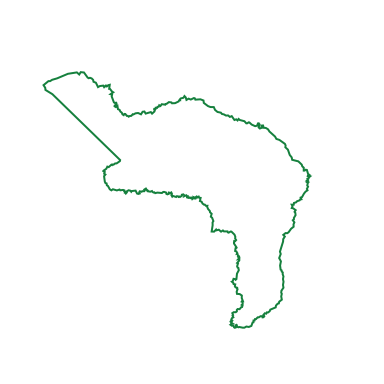 the district of San Alberto, Cesar, Colombia, rotated 256°
{"feature_id": "7082276B88825999787077", "entity_name": "San Alberto", "entity_type": "district", "adm_level": 2, "iso_a3": "COL", "parent_name": "Colombia", "parent_adm1": "Cesar", "projection": "albers", "projection_center": [-73.5, 7.834], "detail": "fine", "context": "isolated", "style": "outline", "palette": "green", "viewbox_px": 384, "rotation_deg": 256, "n_neighbors": 0, "source": "geoboundaries", "source_scale": "gbopen_adm2", "svg_char_len": 6039}
<svg xmlns="http://www.w3.org/2000/svg" viewBox="0 0 384 384"><g transform="rotate(256 192 192)"><path d="M282.3,197.1L282.9,194.1L283.9,193.7L284.8,191.3L283.7,188.7L283.8,187.6L283.2,187.2L284.5,183.9L283.1,182.2L284.1,181.2L282.8,180.3L283.0,179.1L282.1,178.5L282.5,177.2L281.6,176.9L281.8,175.5L281.3,175.3L280.9,176.1L279.2,175.0L277.7,172.2L279.5,171.4L279.3,166.0L281.6,165.3L281.8,163.5L279.7,161.3L281.7,158.8L282.0,156.2L281.4,153.9L281.8,153.3L280.6,151.6L280.8,149.9L280.4,148.8L281.4,148.1L281.6,147.2L283.8,146.2L284.1,145.3L283.1,144.3L284.2,143.3L285.9,143.1L287.5,141.9L289.2,141.6L290.3,140.2L293.6,140.5L292.8,138.7L293.9,137.6L294.6,137.9L295.2,139.7L296.3,140.2L297.0,140.0L297.1,138.6L297.9,137.9L304.1,137.2L305.8,138.0L306.6,136.6L307.8,139.7L308.8,138.7L312.0,137.3L312.2,136.6L315.9,138.1L315.9,136.7L315.0,134.8L315.2,134.3L316.0,134.5L316.2,133.9L315.0,132.1L316.7,131.6L317.1,128.2L316.5,126.2L321.3,125.2L322.8,123.1L324.7,123.2L326.5,122.1L327.5,120.6L327.4,119.3L328.3,118.4L334.1,116.1L335.2,113.0L333.3,111.0L335.9,109.2L336.7,100.2L334.9,88.6L334.7,83.4L333.9,81.1L334.3,79.5L331.6,73.8L328.6,74.8L326.5,74.5L320.7,80.2L240.4,130.0L239.4,129.5L238.0,125.8L238.3,124.3L237.5,122.5L238.0,121.5L238.7,121.6L237.5,120.9L237.9,120.2L236.3,117.2L237.1,116.0L235.3,114.5L234.4,112.2L233.7,112.2L234.1,111.4L233.8,111.0L232.4,112.1L231.0,111.2L229.9,112.2L228.6,110.5L223.0,109.9L221.6,110.2L221.0,111.2L219.1,111.0L218.2,111.9L214.5,112.9L213.1,114.2L213.8,115.9L211.7,119.5L211.9,122.3L211.0,122.8L210.7,125.6L210.0,126.7L209.1,126.4L208.7,127.1L207.6,126.7L207.5,127.3L206.6,127.5L207.4,128.7L208.4,128.8L209.0,130.9L208.2,132.5L206.9,133.1L207.5,133.8L207.0,137.6L203.8,138.3L203.1,139.5L203.2,140.9L204.5,140.7L205.3,141.5L204.4,143.2L204.8,143.9L204.3,145.9L205.0,146.6L205.9,146.3L206.5,148.1L204.0,148.9L204.6,150.2L203.8,149.1L203.4,149.3L202.4,151.6L202.6,153.4L201.8,153.6L200.8,154.5L200.8,155.4L199.8,156.0L199.8,158.2L198.3,162.6L199.0,164.1L198.8,165.1L197.6,166.9L196.4,166.7L195.7,167.5L195.8,169.0L197.0,169.5L196.3,170.7L196.6,171.8L195.0,172.1L194.1,171.2L192.3,171.7L192.8,172.5L191.0,175.4L191.6,176.1L191.3,177.3L190.4,177.8L190.6,178.9L190.1,179.2L190.8,181.3L191.8,181.5L191.8,183.0L190.4,183.9L189.8,183.5L190.2,185.7L189.3,186.2L188.5,186.0L188.7,186.8L187.5,186.6L187.0,187.5L187.4,188.0L186.2,189.5L186.8,189.9L186.5,190.7L185.2,190.7L185.6,191.4L185.1,193.0L186.4,192.7L185.8,193.6L186.2,194.6L185.5,194.7L186.3,195.6L185.4,196.1L185.9,197.4L184.6,197.7L184.2,198.9L181.3,197.5L180.2,199.0L178.3,199.4L176.8,200.6L176.7,201.3L175.2,202.2L174.9,203.5L174.3,203.1L171.6,203.5L169.3,204.7L168.0,204.6L166.1,205.8L163.5,204.3L162.1,205.3L158.6,205.7L157.5,204.6L154.8,204.0L148.9,201.5L148.2,203.8L149.7,206.2L148.9,206.3L148.9,208.9L146.5,210.6L147.2,212.7L146.0,213.5L145.2,216.9L144.2,217.0L143.7,217.7L144.3,220.0L144.0,220.7L140.4,222.9L138.1,223.2L136.3,222.6L134.7,223.2L133.8,221.9L134.2,221.1L132.8,220.5L131.8,220.3L127.7,221.7L127.4,221.2L127.0,221.5L126.4,220.4L124.3,219.6L123.6,220.7L121.9,221.1L121.2,220.6L121.2,221.2L119.1,221.2L118.2,222.1L117.4,222.1L117.5,221.2L116.3,221.6L115.6,220.6L115.5,221.7L114.1,221.3L112.2,218.6L111.5,219.3L109.0,217.8L107.6,218.0L107.2,218.6L104.8,218.5L101.9,215.9L96.7,214.0L96.3,213.1L97.0,212.8L97.7,211.3L95.5,209.9L95.3,209.0L93.7,210.1L92.6,210.1L91.9,211.6L90.3,210.8L89.1,211.1L88.2,212.6L87.4,212.2L86.7,212.7L84.4,211.2L82.3,211.0L81.4,213.6L79.5,215.3L77.1,214.6L73.8,215.0L74.1,214.2L73.6,213.7L73.1,214.5L71.1,214.1L70.4,212.9L69.7,213.6L68.3,212.8L68.3,211.9L66.8,209.8L67.4,208.0L66.8,207.0L65.3,206.6L64.8,205.4L65.3,203.4L64.7,201.8L62.6,202.1L62.2,201.4L60.4,201.8L60.1,200.5L59.1,199.5L58.5,199.6L58.2,199.1L57.4,199.8L56.8,198.4L56.3,199.1L55.4,198.6L54.7,199.3L54.9,198.2L54.0,198.2L53.8,197.3L52.6,198.3L52.3,199.9L50.5,200.1L49.9,200.7L50.0,201.8L52.1,202.4L52.3,203.1L51.8,203.3L50.6,202.8L49.5,204.3L49.6,205.2L48.0,208.6L47.7,210.1L48.3,212.2L47.3,214.5L47.7,217.2L50.7,219.2L50.7,220.1L52.4,220.6L52.2,221.6L53.4,222.3L53.2,223.3L54.5,225.4L54.2,226.4L54.9,228.5L54.5,230.0L53.3,230.1L53.2,231.1L54.0,232.1L55.5,231.6L56.7,233.3L56.0,234.6L57.1,235.5L56.7,236.6L57.5,238.5L58.9,239.5L59.8,245.3L61.5,246.0L62.9,248.1L62.9,249.3L64.5,250.1L65.8,253.1L69.1,253.3L71.5,254.5L72.7,254.2L74.6,254.9L77.0,257.6L79.8,257.8L82.8,259.1L85.5,259.2L87.9,260.3L90.4,260.1L92.0,260.6L93.1,259.8L94.3,260.0L95.3,259.2L99.4,259.7L103.2,261.5L106.8,260.6L110.4,263.1L112.8,262.9L121.9,268.4L124.2,269.1L126.3,271.3L128.3,270.2L129.5,272.8L129.0,274.5L129.6,276.0L132.4,279.3L133.7,282.2L136.1,282.7L137.8,284.0L140.2,283.0L140.9,284.3L142.2,284.6L144.5,286.9L146.8,287.2L147.9,286.7L149.3,288.2L151.7,286.2L152.3,284.9L154.0,286.1L155.6,285.7L155.1,287.6L156.7,288.3L156.8,290.5L157.6,291.6L157.9,294.5L158.6,295.0L158.5,296.4L160.3,296.1L160.5,297.6L163.4,300.3L164.9,302.3L165.7,304.5L167.2,304.2L169.1,305.9L170.5,305.4L172.7,306.6L173.8,305.8L173.8,307.2L175.3,306.3L175.5,307.4L176.8,307.2L176.9,308.4L177.8,308.8L178.5,310.2L179.3,308.1L179.9,308.4L180.2,310.0L181.5,309.0L185.6,308.8L186.1,307.7L185.5,306.4L185.7,305.6L188.6,306.3L190.2,305.2L192.0,305.1L196.0,302.6L199.0,297.0L201.5,297.1L204.3,295.8L209.9,295.3L212.8,293.4L214.5,294.1L216.2,293.8L221.4,289.4L223.1,286.7L225.7,286.0L231.9,281.8L234.5,280.9L236.3,279.1L237.3,276.1L238.4,277.1L239.4,277.0L239.6,275.6L237.4,274.8L237.2,273.2L238.5,272.3L241.2,273.9L242.5,273.4L242.6,272.6L240.6,271.2L240.6,269.2L243.0,266.2L245.6,264.5L245.9,263.8L245.3,262.3L245.5,261.3L248.0,260.0L250.3,255.8L251.6,254.9L250.4,253.5L251.8,252.5L251.6,250.6L256.0,248.9L255.7,246.9L257.5,245.6L258.0,243.4L259.6,241.7L260.5,239.9L262.0,239.2L263.5,236.1L266.1,234.2L269.1,233.7L270.0,230.4L271.5,228.3L275.6,225.0L278.0,225.3L279.9,222.6L280.8,217.6L282.2,217.4L282.7,216.6L282.0,213.2L283.4,211.3L282.7,208.9L285.3,208.8L286.9,207.9L285.5,206.5L285.5,203.6L284.9,202.8L283.9,202.7L284.1,201.8L283.1,200.9L282.3,197.1Z" fill="none" stroke="#15803d" stroke-width="2"/></g></svg>